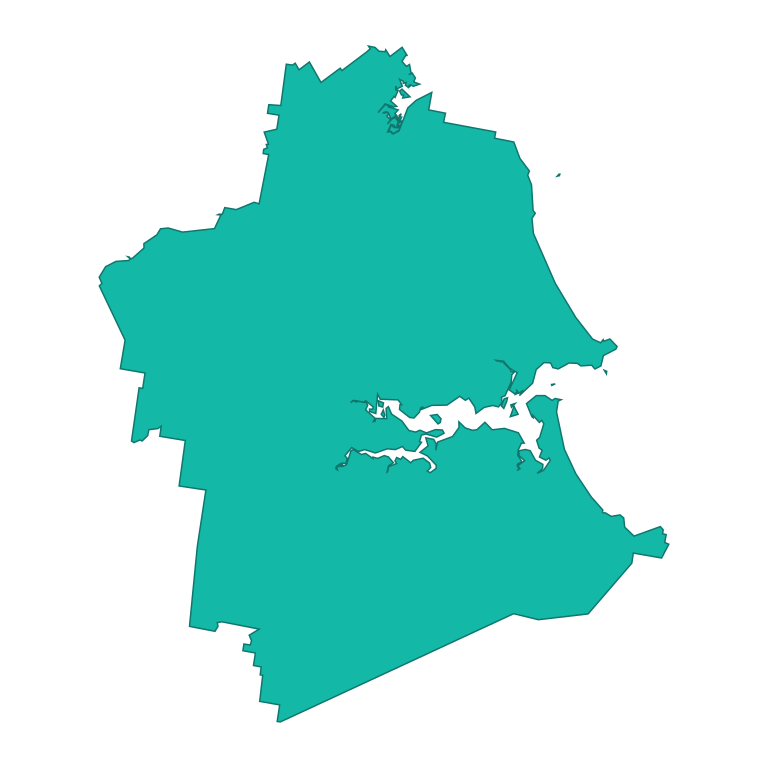 outline of Latrobe (Tas.), Tasmania, Australia, rotated 90°
{"feature_id": "25037944B83996664476279", "entity_name": "Latrobe (Tas.)", "entity_type": "district", "adm_level": 2, "iso_a3": "AUS", "parent_name": "Australia", "parent_adm1": "Tasmania", "projection": "robinson", "projection_center": [146.505, -41.235], "detail": "fine", "context": "isolated", "style": "filled", "palette": "teal", "viewbox_px": 768, "rotation_deg": 90, "n_neighbors": 0, "source": "geoboundaries", "source_scale": "gbopen_adm2", "svg_char_len": 6123}
<svg xmlns="http://www.w3.org/2000/svg" viewBox="0 0 768 768"><g transform="rotate(90 384 384)"><path d="M46.1,399.5L48.8,397.8L52.0,401.4L70.6,426.1L68.2,427.8L82.5,447.0L62.0,458.6L69.8,469.0L63.2,472.8L65.1,475.5L64.2,481.7L105.5,487.2L104.7,499.2L113.3,500.5L115.2,489.0L129.2,491.2L132.1,503.8L144.3,499.5L144.5,501.7L147.9,500.6L149.3,504.3L153.6,504.8L154.5,499.3L203.8,508.9L202.3,513.9L209.6,531.7L207.6,543.2L214.2,545.7L214.2,549.1L214.7,550.1L215.0,547.1L228.6,553.5L232.1,585.5L228.0,599.8L228.8,607.5L234.9,611.2L243.6,624.1L248.0,624.0L258.1,635.4L258.9,637.4L257.1,638.7L256.8,640.1L258.8,637.9L260.5,639.1L261.4,652.1L266.7,662.4L277.2,668.8L283.4,666.1L285.9,668.7L340.2,642.9L368.7,647.7L373.0,623.0L388.4,625.3L387.8,628.9L441.0,636.5L442.6,634.1L440.0,628.1L441.0,625.9L435.6,620.3L429.7,619.2L428.6,610.2L426.3,606.8L436.3,608.2L440.5,582.7L486.0,588.9L490.0,562.1L546.6,570.7L626.4,578.5L631.3,553.0L626.3,550.0L622.6,550.7L621.8,546.1L629.1,508.8L635.2,518.8L640.7,516.5L645.0,517.7L644.0,524.1L650.7,525.1L653.0,512.6L665.5,514.5L666.9,506.8L674.9,507.8L675.3,505.3L701.4,508.3L704.9,488.3L721.5,490.8L721.9,487.7L613.7,254.4L619.7,229.5L613.9,179.9L563.2,136.2L553.1,134.7L558.0,106.4L544.2,99.2L542.5,103.3L534.6,101.8L533.8,105.4L529.8,104.8L526.6,107.7L536.1,134.0L527.2,143.3L517.9,144.3L514.9,148.0L516.4,156.7L512.8,162.8L513.0,164.6L512.2,165.5L510.0,165.2L496.9,176.8L473.9,192.1L449.3,203.6L411.9,211.5L401.1,209.8L399.7,206.9L398.5,212.9L400.4,215.9L395.6,223.0L395.6,231.7L403.6,241.5L416.8,236.1L417.7,234.8L415.4,235.0L422.4,228.6L420.3,226.3L423.7,224.2L437.4,228.3L440.2,231.4L448.1,228.9L450.2,225.9L457.0,228.5L460.2,222.1L458.0,218.9L460.4,217.7L470.3,224.4L473.3,230.8L468.7,225.4L464.4,225.1L460.3,232.5L450.7,237.8L449.5,242.6L450.8,249.2L455.7,248.9L460.7,243.3L465.7,250.2L468.7,248.0L470.5,251.0L468.8,248.8L466.5,250.6L464.3,250.7L461.7,246.1L455.1,250.3L450.0,249.8L443.2,246.6L443.1,243.8L432.8,249.6L428.4,263.5L429.8,275.8L422.3,283.1L429.7,291.1L430.3,295.4L428.0,302.7L421.8,309.1L427.5,309.0L436.5,315.4L442.1,330.4L450.2,332.3L444.1,331.8L439.4,334.2L437.8,342.2L445.9,339.9L452.3,348.0L455.9,340.6L465.2,331.8L468.3,331.8L472.7,337.7L471.2,340.7L467.5,337.3L463.0,338.4L458.2,344.9L460.3,354.7L462.8,357.2L456.6,365.2L459.4,367.4L457.5,371.3L460.9,373.0L463.5,371.4L466.7,379.3L471.7,380.4L472.1,381.0L465.8,379.5L462.7,374.7L456.9,379.6L455.6,383.7L458.4,390.4L457.1,395.0L458.6,395.0L453.4,402.4L454.5,406.7L449.5,414.8L451.0,417.1L464.5,421.4L466.3,424.9L466.6,431.3L469.9,430.6L468.7,432.2L466.3,431.6L463.2,426.8L463.4,421.9L458.2,420.8L455.8,423.1L447.6,416.3L451.5,409.4L449.6,403.2L453.0,392.7L448.8,380.6L449.6,372.7L446.5,365.5L450.2,362.3L451.4,353.1L442.3,346.5L441.6,348.5L435.1,346.6L434.0,342.1L437.1,331.3L433.2,323.9L430.0,325.6L429.6,332.5L432.9,341.5L430.2,348.1L432.1,352.4L430.5,359.1L421.0,366.1L414.1,376.4L406.6,379.6L408.4,381.9L418.7,381.3L418.4,392.3L421.3,392.9L421.6,394.7L418.2,393.0L409.9,402.4L405.2,400.3L402.1,402.0L402.5,403.7L401.4,409.2L401.9,412.2L400.7,414.6L402.7,417.4L400.7,415.5L400.4,413.8L402.1,404.1L400.6,402.4L406.9,394.9L409.2,395.3L409.1,398.5L411.5,398.4L413.5,392.2L394.1,390.4L399.2,387.8L399.9,369.9L404.7,366.3L404.7,368.0L409.5,368.5L417.5,358.3L418.0,354.0L412.2,348.6L408.2,347.4L407.0,346.0L407.9,344.1L408.3,347.3L409.5,346.7L405.4,336.3L405.1,321.0L396.3,308.3L400.3,302.6L398.1,299.2L407.0,293.2L413.5,292.0L407.4,283.8L405.5,275.3L406.9,269.5L402.4,265.9L397.2,266.6L395.8,263.0L382.0,256.8L374.8,256.2L372.2,253.8L371.3,257.1L369.7,257.4L363.1,264.1L361.6,264.5L362.0,266.9L361.2,268.1L360.9,271.4L360.3,272.1L361.2,264.4L368.2,258.4L372.7,250.8L389.9,258.8L393.7,253.5L392.8,251.9L394.3,252.5L393.1,249.8L389.5,251.9L393.2,249.1L390.2,244.7L395.6,248.6L383.2,235.4L369.6,231.8L362.6,224.0L362.9,217.4L367.6,215.2L368.9,209.7L363.0,199.0L363.4,190.5L365.9,187.2L365.2,176.3L369.0,173.1L365.9,167.1L355.6,164.6L349.1,152.1L346.5,150.9L339.0,158.1L341.2,164.0L339.6,164.8L342.8,167.3L339.1,175.4L317.4,192.3L283.4,212.7L233.4,234.6L218.3,236.0L213.3,232.7L210.5,234.9L184.8,236.5L175.2,240.3L171.0,238.6L158.4,248.1L142.0,254.2L138.2,273.4L132.0,272.3L122.3,324.4L113.2,322.5L109.9,339.3L92.4,336.2L100.3,351.8L107.9,360.2L131.0,369.1L134.0,374.9L133.6,375.9L131.7,377.2L132.0,380.4L124.4,377.0L125.1,374.3L127.6,372.1L126.4,369.4L124.2,369.1L126.7,370.5L125.8,371.0L117.9,369.2L117.8,371.0L120.0,370.8L119.4,371.5L118.8,371.8L118.2,371.9L119.4,371.2L116.9,370.9L119.0,376.0L124.0,380.6L119.6,377.5L116.2,381.1L114.1,379.2L112.0,381.7L112.9,383.1L113.0,385.4L111.7,381.9L112.2,380.6L113.5,379.1L119.0,377.2L115.3,371.4L113.6,373.2L109.9,369.8L106.8,380.1L106.7,378.5L104.3,382.5L112.6,390.0L103.9,382.8L106.9,374.4L106.3,371.3L100.9,377.4L96.4,373.9L97.4,372.9L90.3,369.9L89.9,372.3L86.0,372.2L88.9,371.3L86.3,365.7L79.3,368.4L81.3,364.6L83.3,364.7L82.6,361.8L85.2,362.6L87.4,359.7L84.5,358.4L87.0,359.0L86.1,357.8L85.7,357.9L85.3,357.3L85.0,357.4L84.9,357.2L86.3,354.7L84.1,348.4L81.9,354.3L77.9,352.6L73.0,355.9L73.9,356.9L74.5,359.4L73.7,356.8L64.5,358.5L66.4,361.6L61.4,366.0L54.9,361.9L55.9,360.6L47.3,365.9L56.5,378.0L49.8,382.3L51.7,382.9L51.2,389.0L47.4,393.0L46.1,399.5ZM127.5,374.0L125.2,376.9L131.0,379.2L131.5,376.8L133.7,375.0L130.2,368.9L122.6,366.0L127.8,369.6L127.5,374.0ZM415.5,337.4L423.9,330.0L422.6,327.8L418.8,327.0L414.5,330.8L415.5,337.4ZM406.3,254.0L416.7,257.7L414.3,249.9L406.3,254.0ZM89.1,366.0L91.1,368.4L95.0,366.5L95.0,364.4L98.0,365.3L96.8,358.0L89.1,366.0ZM400.7,389.6L405.9,389.2L407.1,385.3L402.9,384.5L400.7,389.6ZM408.4,264.2L401.8,261.4L397.8,260.5L398.8,263.8L405.9,266.6L408.4,264.2ZM410.0,384.7L414.3,386.8L417.5,384.0L415.0,383.3L410.0,384.7ZM117.1,366.3L116.9,368.1L113.7,366.8L115.6,368.9L123.2,368.8L120.6,365.4L122.3,368.7L117.1,366.3ZM403.5,252.9L404.8,257.1L407.3,256.5L403.5,252.9ZM371.3,161.3L370.3,163.7L373.8,161.6L371.3,161.3ZM383.9,212.8L384.5,216.5L385.4,216.2L383.9,212.8ZM464.5,425.7L465.6,428.7L465.6,424.8L464.5,425.7ZM176.2,210.8L175.7,208.7L174.2,208.1L174.1,208.9L176.2,210.8Z" fill="#14b8a6" stroke="#0f766e" stroke-width="1.5"/></g></svg>